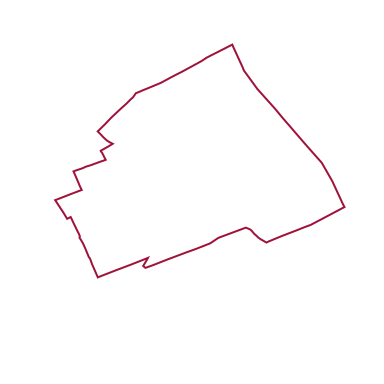 the district of Bechet, Romania, rotated 229°
{"feature_id": "2599482B89489241189907", "entity_name": "Bechet", "entity_type": "district", "adm_level": 2, "iso_a3": "ROU", "parent_name": "Romania", "parent_adm1": "", "projection": "natural_earth1", "projection_center": [23.959, 43.776], "detail": "fine", "context": "isolated", "style": "outline", "palette": "rose", "viewbox_px": 384, "rotation_deg": 229, "n_neighbors": 0, "source": "geoboundaries", "source_scale": "gbopen_adm2", "svg_char_len": 2091}
<svg xmlns="http://www.w3.org/2000/svg" viewBox="0 0 384 384"><g transform="rotate(229 192 192)"><path d="M275.6,83.4L268.8,82.5L264.5,81.9L260.0,81.3L255.6,80.5L253.7,80.2L252.7,84.0L252.2,83.9L251.1,83.6L246.2,82.2L241.0,80.8L238.1,80.0L234.3,79.1L233.1,78.6L232.1,78.3L231.7,77.7L231.3,77.1L230.8,77.0L229.5,76.9L225.2,76.1L224.3,75.9L218.1,74.0L215.8,73.2L214.3,72.7L212.7,72.2L210.8,71.5L210.1,71.4L209.3,71.4L208.6,71.2L207.9,71.1L207.1,70.8L206.2,70.5L205.3,70.1L204.5,69.8L203.9,69.5L203.4,69.3L202.1,68.9L199.2,68.0L196.3,67.1L193.7,66.3L191.6,65.6L189.3,64.9L188.9,66.3L182.4,84.4L180.9,88.4L177.2,98.4L174.2,106.9L172.0,113.1L171.2,115.5L170.3,113.2L168.2,106.6L165.3,107.1L162.4,114.5L157.0,129.7L152.1,142.8L150.3,147.7L146.8,156.7L141.3,172.1L140.1,181.8L130.1,208.4L130.0,208.8L129.5,209.4L128.5,209.9L127.5,210.4L125.8,211.2L124.1,211.6L122.8,211.6L119.7,211.5L117.0,211.9L114.3,212.1L111.4,212.8L108.3,213.9L105.0,215.0L104.4,217.3L102.3,223.6L99.6,231.6L96.2,240.9L94.5,245.6L91.3,254.8L89.3,260.0L80.6,297.2L83.7,297.9L108.2,305.0L128.9,309.1L150.4,308.9L156.2,308.9L157.6,308.9L178.9,309.0L189.0,309.0L200.0,309.3L226.7,308.9L249.9,310.9L252.1,311.8L254.2,312.4L274.7,318.4L276.8,319.1L282.6,296.0L283.1,294.0L283.3,293.0L283.5,292.2L283.8,291.2L284.5,285.5L285.9,278.9L289.4,263.1L291.0,256.8L292.3,251.3L294.8,240.2L295.6,237.7L296.5,235.0L297.7,231.4L299.3,226.6L301.1,221.4L302.2,217.9L302.3,217.6L302.9,215.8L303.4,214.6L302.1,209.2L302.2,207.0L301.9,203.2L301.7,200.5L301.6,193.7L301.5,190.5L301.1,180.1L300.6,174.6L300.2,170.9L299.9,165.6L299.6,160.6L295.2,160.9L291.7,161.0L287.9,161.4L286.0,161.7L285.2,162.0L283.4,162.6L281.9,163.2L280.4,163.8L280.7,161.7L280.9,161.0L280.9,160.6L281.0,160.1L281.3,158.4L282.5,152.7L282.9,150.9L283.0,150.1L282.8,150.0L280.3,149.8L277.4,149.1L275.3,148.5L272.9,148.0L273.0,147.6L275.3,142.0L276.6,138.5L278.9,132.6L281.0,127.9L281.3,126.4L282.2,123.8L282.7,122.7L284.6,118.0L285.3,116.1L281.7,115.0L274.8,112.8L270.3,111.3L265.9,110.1L266.0,109.9L269.8,99.6L275.6,83.4Z" fill="none" stroke="#9f1239" stroke-width="2"/></g></svg>